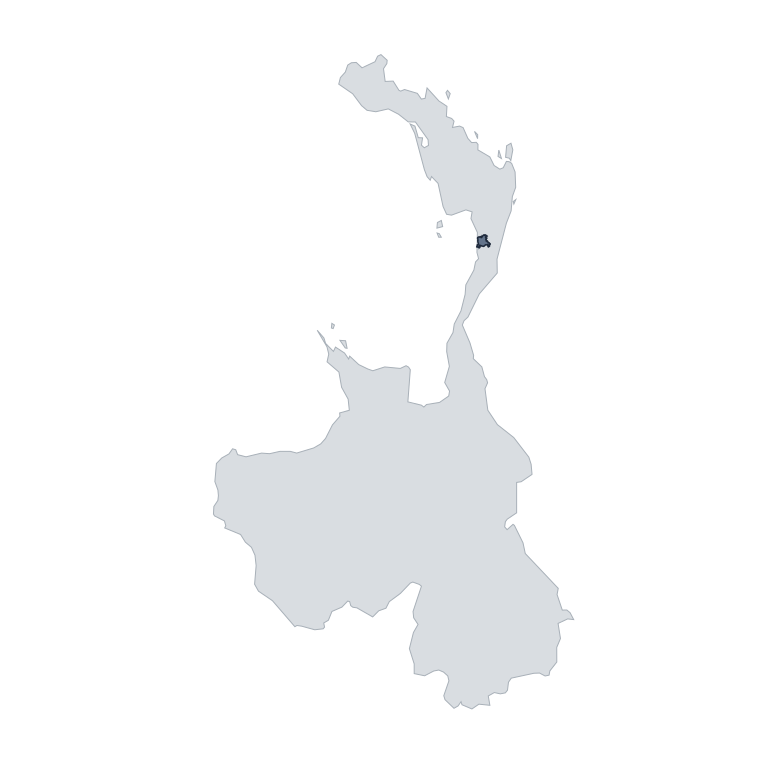 Lang Suan, Chumphon, Thailand shown in context, rotated 177°
{"feature_id": "78962969B12315134210543", "entity_name": "Lang Suan", "entity_type": "district", "adm_level": 2, "iso_a3": "THA", "parent_name": "Thailand", "parent_adm1": "Chumphon", "projection": "orthographic", "projection_center": [99.044, 9.933], "detail": "fine", "context": "in_parent", "style": "filled", "palette": "slate", "viewbox_px": 768, "rotation_deg": 177, "n_neighbors": 0, "source": "geoboundaries", "source_scale": "gbopen_adm2", "svg_char_len": 6921}
<svg xmlns="http://www.w3.org/2000/svg" viewBox="0 0 768 768"><g transform="rotate(177 384 384)"><path d="M322.9,59.6L323.7,62.7L326.9,58.6L331.1,56.5L339.6,65.6L340.6,69.6L334.7,84.2L335.6,89.2L339.6,93.2L344.3,95.5L349.3,94.8L358.7,90.5L369.0,93.2L368.5,102.9L372.5,118.4L367.6,134.3L362.6,142.1L366.6,149.0L366.9,155.3L357.2,180.1L359.2,182.0L365.6,184.7L368.2,183.8L378.6,174.0L390.1,166.4L393.8,160.0L401.1,157.8L407.5,152.0L422.8,161.9L426.8,162.7L428.8,164.4L429.7,168.5L431.6,169.1L437.7,163.4L447.9,159.6L451.9,151.0L456.7,148.5L456.1,144.3L457.6,142.7L466.0,142.2L479.0,146.5L483.6,147.4L485.7,146.3L506.7,173.4L520.2,183.7L523.7,190.8L521.2,209.3L521.8,219.8L524.9,227.8L530.7,233.3L535.1,241.2L550.6,248.6L549.4,250.7L550.5,255.6L560.2,261.2L561.1,263.1L560.3,270.6L556.0,276.4L555.2,281.1L555.4,286.8L558.0,295.4L555.5,313.4L549.9,318.6L542.5,322.3L538.6,327.2L535.5,326.1L533.9,321.1L525.6,318.5L509.9,321.4L501.9,320.4L491.3,322.2L481.0,321.6L474.8,319.6L457.6,323.8L450.3,327.5L445.2,332.7L437.6,345.9L429.7,354.1L429.8,357.4L420.0,359.6L420.6,370.8L426.5,382.9L428.4,398.3L439.7,409.1L437.6,416.7L439.0,424.1L447.9,441.2L441.6,433.1L440.2,427.6L432.8,419.2L430.5,423.4L421.8,417.0L418.0,410.8L416.8,413.6L408.2,404.7L399.5,399.9L394.5,397.8L382.4,401.0L366.9,398.7L361.0,401.1L358.6,399.6L357.0,396.9L361.1,364.9L347.8,360.9L345.4,358.9L342.6,361.3L329.5,362.7L320.0,368.6L318.9,373.5L323.3,382.3L317.8,398.2L319.7,413.1L319.0,421.4L312.4,431.8L310.7,440.2L303.3,453.0L298.3,469.2L297.1,478.7L288.3,493.0L286.2,501.1L283.0,504.2L284.3,510.6L282.8,530.4L288.5,544.6L287.0,551.3L293.1,553.6L307.7,549.1L312.6,550.2L315.7,558.1L319.5,581.5L325.7,588.7L327.2,585.1L330.1,588.8L332.4,595.8L340.2,632.7L344.3,642.3L339.6,639.9L336.9,628.2L332.6,627.8L334.1,620.5L331.4,617.8L327.1,619.9L327.2,625.7L338.9,644.0L346.1,644.5L355.3,652.6L365.3,658.5L377.9,656.3L386.6,658.2L391.8,663.1L400.1,675.5L413.5,685.8L411.5,692.3L406.3,697.5L403.5,704.4L399.8,706.5L394.9,706.6L389.4,700.9L376.1,706.3L373.2,711.7L369.8,713.1L363.9,707.1L364.4,703.8L368.0,698.9L367.0,686.1L359.0,686.0L353.7,676.5L352.0,675.6L348.1,677.0L335.5,672.5L331.8,666.6L328.0,667.1L325.5,677.4L314.3,663.7L306.6,658.0L307.7,647.8L302.5,645.6L300.3,642.8L302.2,636.6L295.0,637.6L291.6,635.9L287.4,624.9L283.9,620.5L279.2,620.5L277.6,618.4L278.0,612.9L266.4,605.2L262.6,596.4L257.1,592.5L253.6,593.7L250.1,599.9L247.5,599.5L245.0,597.7L242.0,588.9L242.2,573.5L246.0,564.5L248.0,550.2L253.4,538.1L264.6,502.8L265.1,488.9L284.1,469.0L296.7,446.4L300.8,443.0L302.7,438.8L296.0,420.5L293.0,407.9L293.5,404.6L285.4,396.0L283.3,386.1L281.2,383.0L280.5,379.8L283.4,374.0L281.7,352.4L272.9,337.5L257.2,323.7L243.2,303.4L241.3,296.2L240.9,286.0L252.2,279.2L256.7,278.8L258.3,248.4L268.0,242.6L270.0,240.1L271.0,235.0L268.7,232.1L262.5,237.1L261.2,236.0L253.5,218.1L251.8,207.3L220.7,170.8L222.2,164.7L217.8,148.9L213.2,148.7L210.1,145.8L206.9,138.8L212.9,139.8L222.7,135.8L221.1,120.6L225.3,111.9L226.0,97.3L233.4,88.8L234.4,84.6L238.4,84.0L243.8,87.2L249.4,87.3L272.3,83.6L275.3,79.7L276.7,71.8L279.0,69.2L284.1,68.5L290.0,70.1L296.2,67.0L295.1,57.6L306.0,59.3L313.2,54.9L322.9,59.6ZM250.7,604.0L249.1,615.5L244.6,617.8L243.1,611.1L245.7,600.4L247.0,602.9L250.7,604.0ZM323.0,536.9L322.2,542.5L318.2,544.3L317.2,538.1L323.0,536.9ZM420.8,422.0L425.7,429.9L420.1,429.2L419.0,421.6L420.8,422.0ZM305.2,673.9L302.7,670.5L304.8,665.3L306.9,671.7L305.2,673.9ZM258.2,605.3L257.1,611.6L254.9,603.0L258.2,605.3ZM323.1,532.0L321.0,531.3L319.1,527.6L321.7,527.7L323.1,532.0ZM277.7,624.1L280.4,631.5L277.4,628.1L277.7,624.1ZM433.6,442.7L432.9,447.3L430.4,445.5L431.9,442.0L433.6,442.7ZM245.4,559.5L242.7,561.3L244.9,556.9L245.4,559.5Z" fill="#d9dde1" stroke="#a8b0b8" stroke-width="1"/><path d="M270.6,518.2L270.6,518.3L270.7,518.5L270.8,518.5L271.0,518.7L271.1,518.8L271.2,519.0L271.4,519.1L271.5,519.2L271.5,519.4L271.7,519.5L271.8,519.4L271.9,519.5L272.0,519.6L272.3,519.7L272.4,519.8L272.5,519.8L272.7,520.0L272.7,520.3L272.8,520.5L272.9,520.9L273.0,521.0L273.3,521.0L273.2,521.3L273.3,521.5L273.5,521.5L273.7,521.4L274.0,521.4L274.3,521.4L274.3,521.5L274.2,521.8L274.2,522.0L274.3,522.2L274.4,522.4L274.4,522.6L274.5,522.6L274.7,522.9L274.8,522.9L274.8,523.0L274.7,523.1L274.4,523.3L274.5,523.5L274.5,523.8L274.5,523.7L274.4,523.7L274.4,523.8L274.2,523.9L274.4,524.0L274.5,524.2L274.4,524.3L274.5,524.3L274.6,524.6L274.8,524.6L274.7,524.6L274.8,524.8L274.9,525.0L274.8,525.3L274.8,525.5L274.7,525.5L274.3,525.5L274.2,525.9L274.3,526.1L274.2,526.3L273.6,526.4L273.4,526.4L273.5,526.6L273.6,526.8L273.8,526.9L273.8,527.0L273.7,527.0L273.9,527.0L274.1,527.0L274.3,527.0L274.5,527.3L274.8,527.5L275.0,527.6L275.6,527.2L275.8,527.2L275.8,527.3L275.9,527.6L276.0,527.6L276.3,527.7L276.5,527.6L276.8,527.5L277.0,527.4L277.2,527.2L277.3,527.1L277.5,526.9L277.7,526.7L277.8,526.6L277.9,526.4L278.0,526.4L278.1,526.2L278.2,526.3L278.2,526.2L278.3,526.1L278.5,526.0L278.4,525.9L278.5,525.8L278.5,525.7L278.8,525.6L278.9,525.4L279.0,525.3L279.0,525.2L279.3,525.2L279.3,525.3L279.5,525.4L279.6,525.5L279.5,525.9L279.5,526.0L279.9,526.0L279.9,525.9L280.0,526.0L280.1,525.9L280.3,525.8L280.5,525.8L280.7,525.7L280.8,525.7L280.8,525.8L281.3,525.9L281.6,526.1L281.9,526.2L281.9,526.3L282.0,525.8L282.3,525.4L282.4,525.5L282.5,525.4L282.8,525.3L282.9,524.9L283.0,524.8L283.0,524.7L282.8,524.0L282.7,523.6L282.7,522.9L282.7,522.6L282.8,522.6L282.9,522.0L282.8,521.5L282.8,521.2L282.8,520.8L282.4,519.7L282.4,519.3L282.4,519.0L282.4,518.6L282.6,518.2L282.8,518.0L283.0,517.9L283.2,518.1L283.4,518.1L283.5,518.1L283.6,517.9L283.7,517.7L283.5,517.4L283.4,517.4L283.4,517.2L283.5,517.1L283.7,516.9L283.8,516.8L283.7,516.7L283.8,516.5L283.6,516.5L283.3,516.6L283.2,516.5L282.8,516.0L282.6,515.6L282.0,515.5L281.8,515.5L281.8,515.3L281.7,515.3L281.7,515.2L281.6,515.3L281.6,515.2L281.4,515.2L281.2,515.3L281.2,515.5L281.0,515.9L281.2,516.1L281.2,516.4L281.3,516.5L281.3,516.8L281.3,517.1L281.3,517.3L281.2,517.4L281.2,517.6L281.1,517.4L280.9,517.4L280.9,517.5L280.5,517.4L280.3,517.3L280.1,517.2L279.9,517.1L279.6,517.0L279.6,516.9L279.4,516.9L279.2,516.8L279.2,516.7L278.9,516.6L278.6,516.6L278.4,516.5L278.2,516.5L278.0,516.4L277.9,516.4L277.7,516.2L277.2,516.3L277.2,516.5L276.9,516.6L276.7,516.6L276.4,516.7L276.3,516.8L276.2,516.9L276.2,517.0L275.9,517.3L275.6,517.4L275.5,517.6L275.2,517.8L275.0,517.7L274.9,517.6L274.5,517.6L274.2,517.6L273.9,517.6L273.7,517.8L273.4,517.8L273.2,517.9L273.1,517.6L273.3,517.4L273.3,517.2L273.2,516.9L273.1,516.7L273.0,516.2L272.9,516.0L272.9,515.9L272.9,515.7L272.7,515.5L272.4,515.4L272.0,515.9L271.9,515.9L271.8,516.0L271.7,515.9L271.5,516.0L271.4,516.3L271.4,516.6L271.6,516.9L271.6,517.1L271.6,517.3L271.4,517.3L271.3,517.5L271.1,517.5L270.9,517.7L270.8,517.9L270.7,518.1L270.6,518.2ZM284.1,516.3L284.2,516.1L284.0,515.9L283.9,515.9L283.9,516.2L283.9,516.3L284.1,516.3L284.1,516.3Z" fill="#64748b" stroke="#1e293b" stroke-width="1.5"/></g></svg>